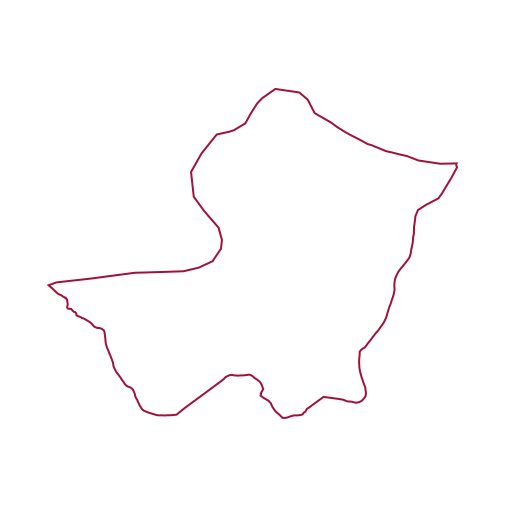 outline of Shibam Kawkaban, Al Mahwit, Yemen, rotated 84°
{"feature_id": "15242507B12742486691999", "entity_name": "Shibam Kawkaban", "entity_type": "district", "adm_level": 2, "iso_a3": "YEM", "parent_name": "Yemen", "parent_adm1": "Al Mahwit", "projection": "mercator", "projection_center": [43.874, 15.476], "detail": "fine", "context": "isolated", "style": "outline", "palette": "rose", "viewbox_px": 512, "rotation_deg": 84, "n_neighbors": 0, "source": "geoboundaries", "source_scale": "gbopen_adm2", "svg_char_len": 4115}
<svg xmlns="http://www.w3.org/2000/svg" viewBox="0 0 512 512"><g transform="rotate(84 256 256)"><path d="M409.7,164.3L409.5,164.2L407.7,162.4L407.0,161.8L406.1,161.5L404.0,161.0L398.0,161.1L393.2,162.4L388.9,163.3L388.4,163.5L381.6,164.6L377.7,164.9L377.1,164.8L375.0,164.7L372.7,164.6L370.5,164.3L368.5,164.0L366.4,163.5L364.2,163.1L362.1,162.9L360.4,161.3L359.2,159.5L358.5,157.5L357.0,156.0L355.4,154.6L353.8,153.2L352.2,151.5L350.5,149.9L349.0,148.6L347.5,147.0L345.5,145.2L343.0,142.4L340.5,140.3L338.8,138.7L337.1,137.2L335.4,135.8L333.9,134.9L333.6,134.7L331.4,133.3L328.6,132.0L326.4,131.2L324.5,130.4L321.5,129.1L319.2,128.0L317.4,127.0L315.5,126.2L313.5,125.3L311.2,124.2L308.6,123.1L306.1,122.3L304.0,121.7L301.8,121.6L299.5,121.5L297.2,121.1L295.1,120.6L292.7,119.8L290.4,118.5L288.6,117.4L286.7,116.1L285.1,114.8L283.4,113.1L281.9,111.5L280.3,110.0L278.9,108.5L277.2,106.9L275.4,105.2L273.5,103.6L271.7,102.7L269.4,101.8L267.3,101.3L264.6,100.5L263.6,100.1L262.1,99.7L259.7,98.9L257.4,98.4L254.4,97.9L252.3,97.3L250.3,96.6L248.3,96.4L246.1,96.1L243.4,95.8L241.5,95.2L239.3,94.7L236.9,94.1L234.4,93.6L233.3,93.4L227.2,90.1L222.5,80.7L222.3,80.0L219.6,73.3L217.8,68.6L213.1,64.4L209.2,61.5L198.2,53.2L188.7,46.7L187.8,47.2L185.4,47.3L184.9,46.9L183.5,63.2L178.0,84.4L172.3,95.6L170.3,101.7L167.4,109.5L165.4,115.6L157.7,129.8L156.4,133.2L151.8,139.8L150.1,142.3L144.8,150.5L141.4,155.2L136.1,162.0L131.1,167.4L120.1,182.7L106.0,188.2L98.7,195.0L98.0,195.6L96.9,199.7L91.9,219.3L99.6,233.2L104.3,238.8L113.6,246.2L122.9,252.7L128.6,264.8L129.6,269.5L131.1,282.4L148.2,299.4L165.6,311.8L173.1,311.8L189.1,311.7L190.5,311.7L195.4,308.9L205.8,302.9L215.0,296.5L224.0,290.2L226.2,289.9L227.1,289.8L227.1,289.7L227.3,289.7L229.8,289.3L236.5,288.2L245.1,290.1L256.7,299.8L261.6,314.2L263.6,329.7L261.8,354.8L260.7,369.4L260.7,369.5L260.0,378.0L261.2,423.4L261.4,457.3L261.5,457.7L263.4,465.3L265.2,463.7L266.9,462.0L269.4,459.9L271.0,458.6L272.6,457.1L273.8,455.5L274.7,453.6L276.1,452.3L277.6,449.8L277.9,450.0L279.4,448.5L281.6,448.4L284.4,448.3L286.4,449.0L287.5,449.2L288.7,448.5L289.4,445.2L291.3,444.1L292.6,442.8L292.9,441.8L293.5,441.2L295.0,440.7L296.4,440.7L298.0,437.7L298.8,436.2L299.5,435.6L300.0,434.1L301.2,432.3L302.6,430.5L304.2,428.4L305.6,426.9L308.0,425.3L309.6,424.0L311.0,421.2L311.3,419.0L312.3,417.1L313.9,415.2L315.8,414.6L317.7,414.6L320.2,414.5L322.2,414.5L324.0,414.5L326.1,414.6L328.2,414.4L330.3,414.0L332.1,413.6L334.5,412.8L336.3,412.3L336.8,412.2L338.1,411.9L340.1,411.2L342.6,410.5L344.7,410.0L346.4,409.5L348.5,409.3L350.3,409.3L352.2,408.8L352.7,408.6L354.4,408.0L356.3,407.3L358.7,405.8L360.3,404.9L362.0,403.9L363.8,402.9L364.3,402.7L366.2,401.7L367.7,400.8L369.5,399.9L371.0,398.9L372.4,397.3L373.1,395.4L374.2,393.9L375.5,392.6L377.4,391.9L379.2,391.3L381.0,390.9L383.0,390.7L385.1,390.0L386.7,389.2L388.5,388.7L389.3,388.4L390.7,387.9L392.6,387.3L394.4,386.3L396.2,385.5L397.6,384.4L398.9,382.3L399.8,380.6L401.0,378.1L401.7,376.4L402.5,374.6L403.5,372.2L404.1,370.5L404.4,368.4L404.6,366.4L404.9,364.3L405.1,362.0L405.2,359.8L405.4,357.9L405.5,356.0L405.5,354.0L405.5,352.2L405.5,351.6L403.6,348.7L399.7,342.7L394.3,333.5L391.6,328.9L390.4,326.8L390.2,326.5L385.1,317.8L375.8,302.1L374.7,300.5L373.3,298.9L372.5,297.0L371.9,295.1L371.6,293.1L372.4,290.4L372.8,288.2L373.1,286.0L373.1,284.2L373.4,281.5L373.4,279.5L373.4,277.6L373.2,275.5L373.9,273.5L375.7,271.4L377.6,269.8L378.7,268.2L379.9,266.9L380.9,265.9L381.2,265.6L383.3,264.4L385.0,263.7L387.1,263.2L388.9,262.8L389.0,262.7L391.3,264.3L393.3,265.6L393.5,265.4L395.3,266.1L397.7,263.5L401.1,258.9L404.1,256.6L406.1,256.0L407.9,255.4L410.0,254.3L411.9,253.2L413.8,251.7L415.5,250.1L416.8,248.9L418.3,247.7L419.4,246.8L419.7,246.6L420.1,244.1L420.0,242.3L419.4,239.8L418.9,237.6L418.5,234.9L418.7,232.8L418.8,231.6L418.9,230.6L418.8,229.1L418.8,227.9L418.3,226.1L416.8,224.9L416.1,223.2L413.5,221.5L412.4,219.4L403.2,203.6L406.8,188.7L408.0,184.4L410.1,180.5L410.9,176.0L411.3,175.1L412.5,171.7L412.3,170.9L412.3,170.6L412.1,168.7L411.2,166.2L409.7,164.3Z" fill="none" stroke="#9f1239" stroke-width="2"/></g></svg>